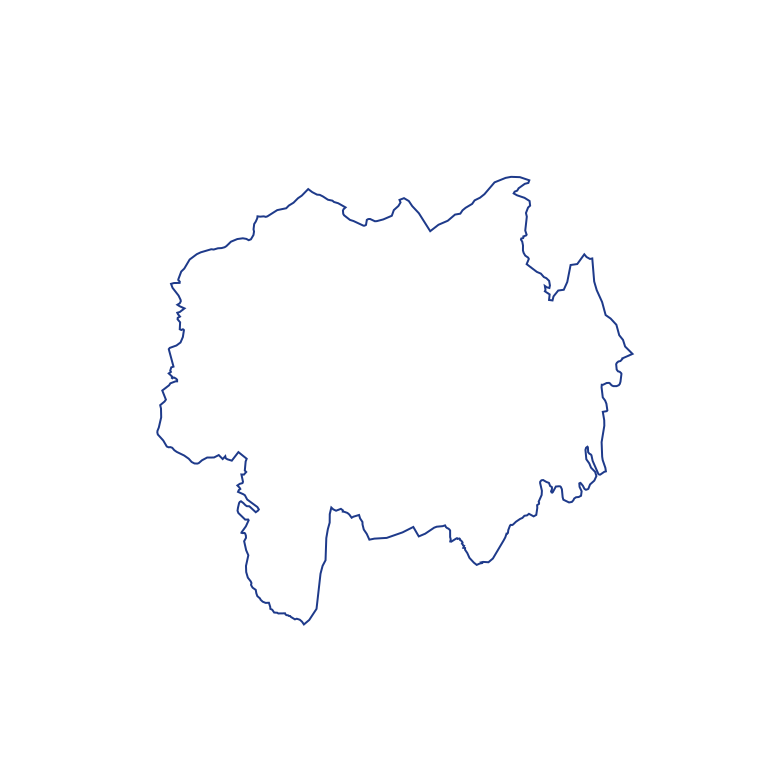 Bughea De Jos, Arges, Romania, rotated 125°
{"feature_id": "2599482B13114483704402", "entity_name": "Bughea De Jos", "entity_type": "district", "adm_level": 2, "iso_a3": "ROU", "parent_name": "Romania", "parent_adm1": "Arges", "projection": "mercator", "projection_center": [24.999, 45.275], "detail": "fine", "context": "isolated", "style": "outline", "palette": "blue", "viewbox_px": 768, "rotation_deg": 125, "n_neighbors": 0, "source": "geoboundaries", "source_scale": "gbopen_adm2", "svg_char_len": 6166}
<svg xmlns="http://www.w3.org/2000/svg" viewBox="0 0 768 768"><g transform="rotate(125 384 384)"><path d="M424.1,615.9L426.5,612.4L429.4,603.0L431.8,598.8L432.8,597.9L435.0,597.6L437.6,598.7L437.5,596.0L436.5,590.8L442.2,592.6L444.2,594.2L445.0,592.8L445.8,589.8L448.1,590.9L449.4,590.2L450.4,586.4L456.3,582.7L456.0,581.0L454.7,580.3L454.4,579.7L454.6,578.8L460.9,575.7L466.7,574.5L471.5,576.1L477.3,580.2L478.9,580.3L490.5,566.4L492.4,567.8L495.6,566.8L496.3,565.5L498.8,566.4L499.5,561.7L500.7,561.3L500.7,560.6L499.7,560.3L499.1,559.5L498.9,557.2L499.2,555.9L500.5,555.0L501.4,556.3L506.0,559.4L508.3,559.3L516.5,561.9L521.9,553.7L524.2,553.7L529.7,555.2L532.0,552.6L539.1,547.4L548.8,543.5L552.3,542.7L553.7,541.9L555.1,540.3L556.9,532.4L559.8,526.1L559.4,524.2L558.2,522.7L557.7,520.9L558.5,517.8L558.5,514.8L557.2,506.7L557.2,501.1L558.2,496.9L557.8,493.7L556.3,491.3L555.1,490.4L550.8,489.3L545.7,486.7L541.7,481.1L537.0,478.6L538.0,473.1L534.2,472.6L535.6,471.1L535.5,469.1L534.1,464.7L523.3,464.2L524.0,453.6L526.8,452.9L534.7,448.4L535.1,446.4L538.6,446.8L539.9,448.9L545.0,443.4L546.4,443.1L548.4,444.8L551.2,445.9L551.8,442.8L552.4,441.5L554.1,442.1L556.1,441.7L555.0,436.1L554.9,434.2L557.1,429.8L557.4,417.2L558.5,414.6L560.0,414.6L562.6,415.5L561.4,424.1L562.8,426.4L562.7,428.4L562.2,430.9L562.1,433.9L563.3,434.5L564.7,434.4L569.2,432.6L571.8,431.3L573.2,429.3L574.7,419.9L572.9,417.5L573.3,416.7L579.8,415.5L587.4,415.6L587.7,415.4L587.2,414.2L586.0,412.8L586.2,411.9L587.4,410.2L589.2,408.8L593.0,408.4L599.2,401.6L602.1,396.9L612.2,392.7L617.1,389.0L620.7,384.5L622.2,379.8L623.1,378.4L624.8,377.7L625.6,376.2L626.2,374.8L626.2,371.0L628.7,368.5L630.4,366.1L630.8,362.5L631.5,361.4L631.9,358.5L631.2,355.4L629.2,352.8L631.9,349.3L633.4,348.1L633.0,346.1L634.2,342.9L632.6,340.2L632.6,339.0L628.6,333.5L629.2,332.6L629.3,331.4L628.5,329.9L628.6,329.0L627.9,327.9L628.2,326.8L627.9,322.0L626.3,320.8L625.4,317.8L625.7,314.9L626.9,311.7L620.2,309.9L606.9,310.3L575.8,327.2L568.2,330.0L561.9,330.8L543.3,342.9L535.2,346.7L528.7,349.0L521.7,353.8L515.4,356.3L515.8,353.7L515.3,350.6L511.0,347.7L511.1,345.2L512.2,344.6L511.5,343.3L510.6,340.0L510.8,337.6L512.1,333.8L510.3,333.0L505.6,329.3L507.8,326.5L509.4,322.5L511.4,321.0L514.8,317.1L516.7,312.1L519.9,306.7L516.2,303.2L508.5,293.5L494.9,283.7L484.3,278.0L488.9,268.1L483.0,264.4L472.9,260.5L470.6,258.9L466.8,254.4L464.8,252.9L465.7,251.1L465.8,249.5L465.5,248.3L465.7,246.8L466.1,245.8L471.5,242.0L472.9,240.3L475.0,239.4L474.6,238.5L468.7,236.0L468.4,235.6L468.7,234.9L467.3,233.6L467.3,233.1L468.2,232.0L468.0,230.9L468.7,228.8L470.1,228.6L470.1,227.7L470.8,226.8L470.6,225.5L472.7,225.1L471.9,223.5L473.3,222.5L474.7,218.8L477.4,214.3L478.8,207.9L479.0,204.3L476.0,202.5L474.3,200.8L473.7,200.8L473.8,201.6L472.9,200.8L470.1,196.2L464.5,194.7L443.4,196.3L440.0,196.7L436.3,197.8L436.1,197.2L434.8,197.1L432.4,198.4L427.6,199.6L426.6,199.3L426.1,198.2L425.2,197.7L421.1,196.9L416.4,195.1L414.3,193.8L411.4,193.4L409.6,191.5L407.2,190.8L406.6,185.5L403.9,184.2L397.5,187.4L395.4,189.1L393.4,188.3L392.5,188.7L391.7,189.8L384.5,191.2L380.9,193.4L375.5,199.4L374.4,200.0L372.6,199.8L371.4,198.6L371.1,194.8L370.4,192.2L372.3,189.3L372.1,187.6L372.3,187.2L373.8,186.1L376.1,185.6L376.7,184.5L376.5,183.9L375.8,183.7L369.4,184.4L367.4,182.0L366.8,180.9L366.9,180.1L368.2,177.9L374.3,172.7L375.9,170.7L374.9,164.5L372.9,162.5L370.7,162.2L368.7,162.5L366.6,161.7L364.9,159.7L362.5,158.5L358.5,160.6L356.1,164.8L353.4,167.0L352.4,166.5L352.4,165.8L353.3,162.7L354.9,159.7L354.9,158.6L354.8,157.9L353.2,156.7L352.6,156.5L348.1,157.6L342.5,156.3L337.6,157.2L334.9,160.6L333.8,166.4L331.3,170.3L329.6,175.1L322.4,181.2L320.3,181.9L318.7,181.4L318.9,180.7L322.8,177.6L323.3,175.8L323.1,174.3L323.4,173.2L327.3,169.0L334.8,156.7L334.7,155.6L334.2,154.9L329.6,153.2L328.3,152.1L325.7,154.6L320.9,161.2L318.4,163.6L306.8,172.4L291.8,179.6L287.4,182.8L281.3,188.8L278.5,186.0L277.5,185.9L272.6,190.5L270.7,193.4L269.5,197.1L261.9,203.9L259.7,205.2L259.1,204.2L255.5,202.2L254.0,200.3L253.9,198.9L254.3,198.2L254.5,196.4L254.2,194.9L252.4,192.3L250.3,191.0L248.7,190.9L246.5,191.6L239.5,195.3L239.1,195.9L238.8,197.9L239.4,199.6L238.7,201.7L234.6,205.2L233.1,205.4L231.1,204.9L229.6,203.5L226.8,203.1L226.4,203.5L216.8,197.7L215.0,208.0L210.8,213.5L209.1,219.3L202.2,227.6L200.4,235.9L200.4,242.0L191.8,252.3L185.1,263.6L179.5,270.6L161.7,285.4L163.4,287.0L163.8,290.9L162.9,294.3L174.9,294.5L179.5,299.4L195.3,292.4L203.7,290.8L207.5,294.9L215.0,295.4L218.9,293.9L220.5,297.0L215.6,299.7L215.8,305.4L214.4,305.6L211.4,308.5L211.4,306.1L210.5,303.6L208.1,304.6L204.8,307.9L204.2,311.7L204.7,314.4L203.6,318.8L204.5,323.1L204.0,335.9L198.5,337.1L197.8,338.4L197.8,342.0L196.5,344.8L194.9,346.8L190.8,349.6L188.1,352.4L187.2,354.6L186.1,355.0L184.7,353.7L184.0,353.8L183.2,354.5L180.8,352.8L179.9,352.8L177.3,356.3L165.0,363.0L162.5,365.8L156.8,367.2L154.1,366.6L150.6,369.7L150.9,375.7L153.1,383.2L153.5,387.1L151.5,387.3L149.2,385.8L146.4,386.0L139.3,383.5L136.5,381.1L133.8,381.8L136.6,391.3L141.4,398.7L145.4,402.6L155.4,409.1L170.9,410.6L176.3,412.2L181.6,415.1L185.9,415.1L192.8,418.2L196.7,419.3L200.7,419.2L204.5,423.0L213.7,425.4L222.3,430.7L232.3,433.8L224.1,453.4L222.1,462.9L219.9,468.6L220.3,474.2L224.3,476.9L225.8,474.6L229.9,474.3L235.9,475.7L241.7,474.1L249.6,479.0L254.7,483.3L255.9,484.8L256.8,490.0L257.9,491.5L259.4,492.2L264.0,490.0L265.4,490.7L266.1,491.7L268.0,502.5L269.1,506.0L268.7,513.5L268.0,515.0L265.5,517.1L264.1,517.4L261.4,516.8L262.2,525.2L263.6,529.4L263.4,531.4L265.2,535.6L265.4,541.6L265.9,545.1L267.3,547.5L268.0,552.9L267.8,557.9L276.9,559.4L281.1,561.0L287.4,562.1L292.4,564.3L296.1,564.9L302.8,571.2L313.6,575.7L314.9,576.7L315.6,578.6L318.0,581.5L319.2,583.8L320.9,582.9L324.5,582.2L327.4,582.1L332.1,579.6L333.7,577.9L336.8,576.4L341.8,576.0L343.8,577.3L344.1,580.0L345.6,583.2L349.4,587.3L355.2,591.0L361.5,592.2L363.4,593.0L365.8,595.0L368.1,597.9L371.5,600.6L372.7,602.8L381.2,609.6L385.0,611.8L393.5,614.6L404.0,613.8L408.2,614.6L416.3,612.5L416.8,612.2L417.3,610.0L418.4,609.4L421.8,614.0L424.1,615.9Z" fill="none" stroke="#1e3a8a" stroke-width="2"/></g></svg>